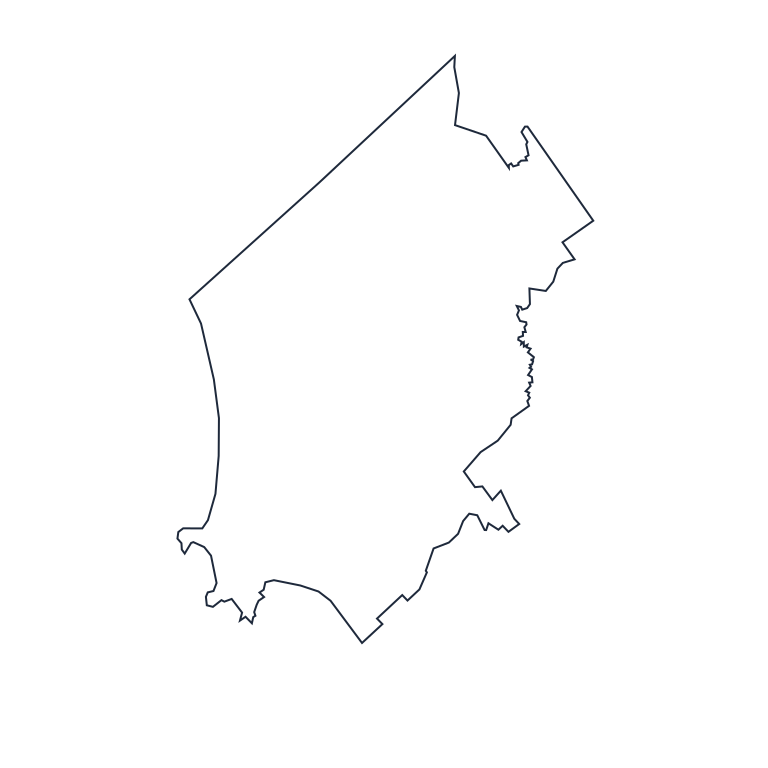 Glenelg, Victoria, Australia (Mercator projection), rotated 47°
{"feature_id": "25037944B68247262621131", "entity_name": "Glenelg", "entity_type": "district", "adm_level": 2, "iso_a3": "AUS", "parent_name": "Australia", "parent_adm1": "Victoria", "projection": "mercator", "projection_center": [141.502, -37.891], "detail": "medium", "context": "isolated", "style": "outline", "palette": "slate", "viewbox_px": 768, "rotation_deg": 47, "n_neighbors": 0, "source": "geoboundaries", "source_scale": "gbopen_adm2", "svg_char_len": 1965}
<svg xmlns="http://www.w3.org/2000/svg" viewBox="0 0 768 768"><g transform="rotate(47 384 384)"><path d="M407.3,119.6L293.6,103.5L291.9,105.4L293.5,111.6L304.8,114.0L305.7,116.5L315.3,122.3L314.5,125.8L317.9,127.0L314.2,131.4L314.0,135.2L315.5,136.1L313.0,141.1L309.4,140.6L309.0,143.5L311.1,145.3L272.0,140.0L243.1,155.5L222.3,130.8L200.2,116.5L192.4,108.4L192.5,293.7L189.4,468.5L215.0,476.6L264.6,505.3L296.4,528.0L323.9,554.0L349.4,582.2L363.5,605.6L365.7,615.4L352.6,629.3L352.0,635.4L356.2,640.5L362.3,640.7L367.2,644.8L372.1,645.4L368.7,633.5L369.6,631.3L380.7,626.7L391.6,627.6L415.4,642.2L419.1,649.9L416.2,655.0L418.2,659.4L425.0,664.5L430.3,661.1L431.2,650.3L434.3,649.2L437.3,642.0L454.4,643.7L458.8,650.7L459.8,644.0L468.9,643.8L465.3,638.6L465.8,636.1L462.3,634.5L458.6,627.6L457.0,623.5L458.0,617.0L451.6,617.3L452.4,612.3L448.1,606.0L452.4,598.3L474.3,582.6L491.1,573.4L506.1,570.9L558.4,576.7L558.5,548.9L550.8,549.1L550.8,530.0L550.8,514.6L558.4,514.5L558.4,498.2L551.0,481.1L549.1,480.8L538.1,459.9L544.2,444.7L544.1,432.0L538.2,419.6L537.0,410.1L543.6,405.3L559.4,410.0L560.5,408.9L557.1,402.6L568.6,399.7L568.6,393.9L577.0,393.8L578.6,380.6L571.4,380.6L541.7,371.3L542.8,383.9L526.0,381.9L521.5,387.8L502.4,385.3L499.7,359.8L503.0,339.4L500.2,319.2L496.1,314.1L498.9,292.8L494.2,290.8L493.5,286.7L490.5,286.4L489.4,283.7L485.9,285.3L485.4,278.1L482.0,276.9L484.0,274.3L479.8,271.1L475.7,272.5L474.2,265.8L471.5,266.6L471.7,264.7L469.4,264.2L470.6,262.3L469.0,259.4L466.0,260.0L467.9,258.7L466.6,256.1L459.0,257.2L458.1,252.7L454.4,254.7L453.1,252.4L452.0,256.2L448.7,253.2L448.4,256.5L446.9,254.5L443.2,255.7L441.7,253.8L443.6,249.5L440.6,247.0L442.6,244.9L438.2,242.6L437.7,239.2L435.8,237.9L430.7,241.5L424.2,239.5L422.2,235.1L417.5,233.7L421.0,231.3L423.9,232.2L426.1,227.5L425.1,222.8L413.3,212.5L426.3,202.2L424.6,190.4L417.9,178.5L417.4,170.6L422.8,159.6L402.1,156.8L407.3,119.6Z" fill="none" stroke="#1e293b" stroke-width="2"/></g></svg>